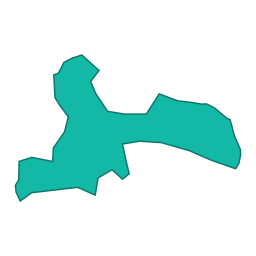 Kekavas, Albers equal-area conic projection
{"feature_id": "LVA-5767", "entity_name": "Kekavas", "entity_type": "Municipality", "adm_level": 1, "iso_a3": "LVA", "parent_name": "Latvia", "parent_adm1": "", "projection": "albers", "projection_center": [24.247, 56.806], "detail": "fine", "context": "isolated", "style": "filled", "palette": "teal", "viewbox_px": 256, "rotation_deg": 0, "n_neighbors": 0, "source": "natural_earth", "source_scale": "10m", "svg_char_len": 718}
<svg xmlns="http://www.w3.org/2000/svg" viewBox="0 0 256 256"><path d="M81.8,55.0L99.0,70.5L90.6,81.5L95.8,93.7L107.7,111.4L124.7,114.1L146.3,114.1L159.2,93.9L177.6,100.8L191.7,102.5L201.6,104.1L205.0,103.9L207.3,104.2L214.8,108.2L227.1,118.5L230.1,119.6L234.5,136.1L240.4,149.6L240.6,155.0L238.8,163.5L235.6,168.7L211.0,160.1L189.5,150.7L161.2,142.6L139.6,141.2L122.5,144.0L126.2,161.6L129.2,173.8L122.5,179.2L112.1,169.7L98.0,177.9L95.2,195.1L77.5,187.3L31.7,192.7L20.2,201.0L16.1,192.1L15.4,185.4L18.7,179.9L19.1,161.4L31.8,157.4L52.6,161.5L53.4,147.9L64.6,131.7L68.3,116.8L60.2,105.9L55.0,97.7L53.8,74.9L58.5,73.1L60.5,69.3L63.9,62.4L72.4,58.1L81.8,55.0Z" fill="#14b8a6" stroke="#0f766e" stroke-width="1.5"/></svg>